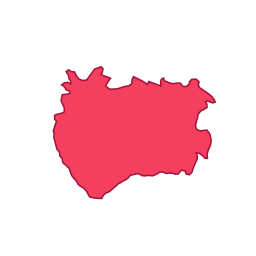 Horizontina, Rio Grande do Sul, Brazil, rotated 34°
{"feature_id": "56859067B7037292151986", "entity_name": "Horizontina", "entity_type": "district", "adm_level": 2, "iso_a3": "BRA", "parent_name": "Brazil", "parent_adm1": "Rio Grande do Sul", "projection": "albers", "projection_center": [-54.298, -27.589], "detail": "fine", "context": "isolated", "style": "filled", "palette": "rose", "viewbox_px": 256, "rotation_deg": 34, "n_neighbors": 0, "source": "geoboundaries", "source_scale": "gbopen_adm2", "svg_char_len": 2135}
<svg xmlns="http://www.w3.org/2000/svg" viewBox="0 0 256 256"><g transform="rotate(34 128 128)"><path d="M161.0,49.9L157.2,49.4L153.7,51.8L153.1,55.3L154.2,57.5L153.1,60.9L150.6,62.8L146.2,61.5L142.9,63.9L140.2,66.3L137.0,67.4L134.2,68.0L131.7,68.5L129.7,66.7L128.3,68.9L129.2,71.5L131.8,74.7L119.3,77.8L119.6,80.9L113.7,81.0L103.9,82.3L104.2,85.3L106.3,89.2L105.1,92.5L101.5,96.1L99.9,98.2L97.5,101.1L95.5,102.9L93.6,104.2L91.2,106.1L88.0,105.9L85.7,105.3L85.7,96.5L75.7,98.9L75.6,96.1L74.1,92.8L71.5,92.2L67.4,97.8L67.1,106.0L66.9,111.4L63.6,114.1L60.0,114.8L56.1,113.6L52.4,111.4L49.6,112.9L46.2,113.0L45.1,115.8L49.0,117.6L52.1,120.5L54.4,121.2L55.8,123.7L52.9,123.6L50.0,126.1L48.8,129.4L51.1,129.3L53.2,129.8L55.6,131.0L58.6,130.1L60.6,131.5L58.9,133.7L54.9,137.1L56.0,140.2L57.5,143.0L63.8,146.8L66.2,150.3L64.6,153.0L62.0,155.7L60.0,158.5L62.3,161.8L65.0,162.4L65.8,165.8L66.7,168.9L67.6,172.1L69.9,174.1L72.0,177.5L75.0,180.0L78.4,183.1L81.2,185.5L83.4,185.8L85.4,187.1L87.0,189.2L90.4,190.1L92.8,192.8L95.0,193.5L97.2,193.5L99.4,194.1L101.9,194.4L104.0,196.1L106.1,197.8L108.8,199.3L111.9,200.1L115.3,201.1L118.1,202.6L121.3,202.9L124.3,202.6L128.0,203.3L130.1,204.2L132.4,205.5L134.7,206.6L139.3,204.9L145.6,201.2L145.2,197.8L145.9,194.5L148.1,191.3L149.5,186.4L150.3,183.2L151.1,179.7L152.5,177.4L153.4,174.9L155.0,172.3L156.0,169.6L156.5,165.7L158.9,163.3L160.7,161.1L163.1,159.8L165.9,159.8L168.7,158.3L171.5,155.9L175.3,153.8L177.9,149.7L179.0,146.7L181.6,145.0L185.1,144.4L187.9,141.9L190.5,140.5L192.7,140.0L195.3,138.1L195.9,133.0L199.5,131.8L201.9,133.6L205.0,132.5L205.8,129.2L204.7,125.3L204.1,122.7L203.4,119.5L202.9,115.6L201.3,112.5L198.4,110.4L201.6,109.1L205.5,109.3L208.8,110.1L210.9,108.8L208.5,105.9L207.2,102.5L205.8,95.4L204.0,92.0L202.1,89.9L199.8,87.6L197.5,86.6L194.5,85.6L192.1,87.7L189.5,89.9L186.1,90.8L183.5,89.4L181.6,86.0L180.2,81.5L178.5,77.4L178.8,73.6L180.5,70.2L182.1,66.8L180.0,64.0L177.6,63.0L178.9,61.0L181.5,60.5L184.1,59.9L185.9,57.8L183.5,56.3L180.1,55.1L175.5,54.6L172.7,54.5L169.1,54.5L164.7,54.5L162.3,53.1L161.0,49.9Z" fill="#f43f5e" stroke="#9f1239" stroke-width="1.5"/></g></svg>